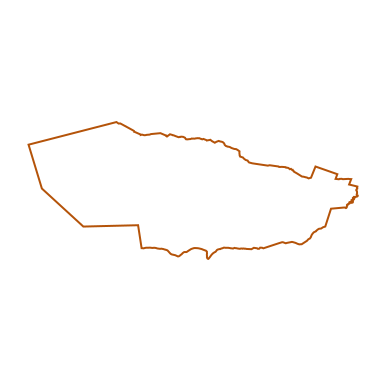 La Paz, Catamarca, Argentina, rotated 93°
{"feature_id": "61730980B42057198063965", "entity_name": "La Paz", "entity_type": "district", "adm_level": 2, "iso_a3": "ARG", "parent_name": "Argentina", "parent_adm1": "Catamarca", "projection": "equal_earth", "projection_center": [-65.146, -29.358], "detail": "fine", "context": "isolated", "style": "outline", "palette": "amber", "viewbox_px": 384, "rotation_deg": 93, "n_neighbors": 0, "source": "geoboundaries", "source_scale": "gbopen_adm2", "svg_char_len": 5568}
<svg xmlns="http://www.w3.org/2000/svg" viewBox="0 0 384 384"><g transform="rotate(93 192 192)"><path d="M191.5,30.9L191.2,30.7L191.2,30.4L191.1,30.2L190.9,29.9L190.6,29.8L190.4,29.9L190.3,30.1L190.3,30.3L190.4,30.6L190.6,30.9L190.6,31.0L190.2,31.0L190.1,30.9L189.9,30.9L189.7,31.0L189.6,30.9L189.4,30.9L189.3,30.7L189.2,30.5L189.1,30.4L188.8,30.3L188.7,30.3L188.4,30.1L188.4,29.9L188.4,29.7L188.5,29.7L188.9,29.7L189.0,29.6L188.9,29.2L188.9,28.8L188.7,28.6L188.5,28.4L188.4,28.2L188.0,27.8L187.8,27.6L187.9,27.2L187.8,26.9L187.8,26.7L187.5,26.4L187.1,26.3L186.9,26.3L186.8,26.8L186.5,27.0L186.3,27.3L186.0,27.4L185.8,27.4L185.6,27.4L185.3,27.3L185.1,27.2L184.8,27.1L184.5,27.1L183.5,27.2L182.9,27.3L182.7,27.3L182.3,27.5L182.2,27.7L182.0,27.9L181.8,28.0L181.5,28.1L181.0,27.9L180.9,27.9L180.7,27.7L180.3,27.5L180.2,27.3L180.0,27.1L179.9,27.1L179.6,27.2L179.5,27.3L179.0,27.5L178.8,27.4L178.6,27.2L178.1,27.1L177.9,27.1L176.3,35.5L170.8,33.7L170.8,35.8L170.7,36.5L171.3,42.0L171.0,43.2L171.2,45.4L171.6,45.9L171.4,49.3L166.6,47.8L160.1,70.0L171.5,73.9L172.3,76.3L171.5,78.1L171.4,79.0L170.9,81.3L170.8,83.0L167.8,88.4L166.4,91.2L165.8,91.5L165.1,92.7L164.6,92.7L164.6,93.3L163.7,94.4L164.1,95.4L163.9,95.6L162.9,97.2L162.7,98.8L162.8,99.3L162.3,99.8L162.2,103.2L162.4,106.4L162.0,106.9L161.2,115.9L161.7,117.6L160.6,129.2L160.2,133.3L159.5,136.6L158.7,137.4L157.7,138.1L157.2,140.1L155.9,142.0L154.9,142.9L154.1,145.8L153.2,146.1L153.1,146.3L151.7,146.5L150.7,146.7L148.9,146.7L147.6,148.7L146.9,150.1L146.8,151.5L146.8,152.0L146.0,154.8L145.2,156.4L144.9,157.6L144.8,159.1L144.6,159.3L144.2,160.7L144.0,160.9L143.4,161.6L143.1,161.9L141.8,162.4L140.5,164.0L140.1,165.9L140.1,166.4L139.6,168.0L140.6,170.3L141.2,171.2L141.6,171.8L141.4,172.3L141.1,172.7L140.6,173.9L140.3,174.3L140.2,174.7L138.9,176.4L139.4,178.1L139.4,178.4L139.8,179.9L139.5,180.1L138.4,183.4L138.9,184.6L138.5,185.4L138.5,186.0L137.9,187.4L138.0,187.9L137.9,189.0L138.1,189.8L138.1,190.1L138.3,191.3L138.4,191.5L138.5,191.8L138.6,192.4L138.6,193.3L138.7,194.4L138.6,195.0L139.2,196.2L139.3,197.1L139.4,197.8L139.6,198.8L139.6,199.2L139.7,199.5L139.6,200.0L139.7,200.6L139.5,200.9L139.3,201.1L138.2,201.8L137.4,203.7L137.3,205.9L137.7,206.6L137.6,207.1L138.0,208.0L137.7,209.3L137.6,209.5L137.0,211.5L136.3,213.5L136.3,214.3L136.1,214.5L135.5,217.0L137.9,219.9L137.6,220.4L137.2,220.0L137.0,220.5L136.8,221.0L136.7,221.7L134.9,226.6L136.3,236.0L136.9,237.3L137.3,240.3L137.6,241.1L137.8,242.7L137.3,245.0L137.7,246.1L137.4,246.1L137.0,247.0L136.8,247.6L136.4,248.7L134.9,252.6L134.9,252.8L134.7,252.8L134.2,253.0L133.5,254.2L131.0,259.4L127.3,267.2L127.3,267.4L127.5,268.6L127.5,268.9L126.3,270.8L126.1,271.1L153.3,357.7L196.4,342.1L232.2,298.7L228.0,244.1L250.7,239.4L250.7,238.1L250.8,237.8L250.8,237.4L250.3,235.9L250.1,235.1L250.0,234.2L249.9,232.4L249.8,231.5L249.8,230.6L249.9,229.2L249.9,228.1L249.7,227.3L249.7,225.9L249.9,224.7L250.2,223.7L250.3,222.5L250.4,221.3L250.4,220.5L250.2,219.6L250.4,218.3L250.5,217.5L250.9,216.2L251.0,215.2L251.2,214.9L251.4,213.9L251.8,213.2L252.1,212.9L253.2,211.8L253.8,211.2L254.5,210.5L254.9,210.0L255.1,209.6L255.4,208.9L256.0,205.4L257.1,202.6L257.0,202.3L256.8,201.6L256.5,201.2L256.1,200.7L255.8,200.4L255.3,199.9L255.2,199.7L254.6,199.0L254.2,198.7L253.5,198.1L253.0,197.5L252.6,197.0L252.4,196.5L252.3,195.9L252.3,195.2L252.3,194.5L252.1,194.1L251.6,193.4L251.2,193.0L251.0,192.6L250.5,192.0L250.1,191.4L249.1,190.0L248.6,188.9L247.9,187.0L247.8,185.5L247.8,184.4L247.8,183.9L247.9,182.4L248.5,179.2L248.8,178.5L249.9,175.0L250.3,174.5L250.8,174.0L251.4,174.0L251.9,173.9L252.8,173.8L253.7,173.9L254.5,173.8L255.2,173.6L255.9,173.7L256.3,173.7L256.7,173.5L257.5,173.2L257.9,172.6L257.9,172.1L257.5,171.9L257.0,171.4L256.0,170.7L254.3,169.6L253.3,168.9L252.7,168.3L252.1,167.8L250.9,166.2L250.6,165.5L249.9,164.9L249.1,164.4L248.7,164.1L248.3,163.6L248.0,163.0L247.8,162.3L247.5,161.4L247.5,160.7L247.3,160.4L246.9,159.9L246.7,159.0L246.5,158.5L245.9,157.3L245.9,156.3L246.0,155.6L245.9,154.5L245.9,153.9L245.8,153.0L245.9,152.4L246.0,151.3L246.2,150.1L246.2,149.1L246.3,148.4L246.3,148.0L246.0,147.4L245.6,146.7L245.8,145.6L245.8,144.7L246.0,143.7L246.1,142.7L246.2,141.9L246.2,141.0L246.0,140.7L245.9,140.0L245.8,139.1L246.0,138.5L245.8,138.0L245.8,137.7L245.7,137.2L245.9,136.5L245.8,135.4L246.0,134.8L246.0,134.2L246.0,129.6L244.5,127.3L244.8,124.1L245.3,123.2L245.1,121.9L244.0,121.0L244.0,119.1L244.5,117.8L238.6,102.6L237.5,99.6L237.4,99.0L237.5,98.2L237.9,97.0L238.3,95.6L238.1,95.2L237.8,94.3L236.8,90.3L236.6,89.6L236.8,88.4L237.4,85.9L238.2,83.9L238.7,82.1L238.6,81.7L238.4,79.7L238.1,79.3L234.7,74.6L233.4,73.6L233.1,73.3L232.6,72.5L232.3,71.9L231.6,71.4L230.7,70.9L229.7,70.6L228.6,70.2L227.6,69.6L226.4,68.7L225.9,68.3L224.7,66.1L224.3,66.0L224.0,65.6L223.0,64.6L222.1,63.3L221.7,61.1L220.4,59.4L219.5,57.1L201.4,52.3L199.6,39.7L199.5,39.1L199.6,38.5L199.7,38.0L200.0,37.5L199.9,37.2L199.7,37.0L199.3,37.0L199.1,37.1L198.9,36.9L198.8,36.6L198.7,36.6L198.2,36.6L197.7,36.3L197.3,36.4L197.0,36.6L196.8,36.6L196.7,36.5L196.9,36.2L196.8,35.9L196.6,35.7L196.4,35.6L196.2,35.7L195.9,35.6L195.8,35.4L195.6,34.9L195.5,34.4L195.3,34.1L195.1,34.0L194.6,34.4L194.3,34.4L194.1,34.4L193.9,34.2L193.7,33.6L193.7,33.4L193.9,33.2L194.4,33.0L194.5,32.7L194.5,32.4L194.4,32.3L194.3,32.0L194.3,31.8L194.2,31.1L194.0,30.9L193.7,30.8L193.2,30.8L193.2,31.3L193.2,31.5L193.2,31.8L193.1,32.0L192.6,32.2L192.4,32.2L192.2,32.3L192.0,32.2L191.7,32.2L191.6,31.9L191.7,31.3L191.6,31.2L191.4,31.0L191.5,30.9Z" fill="none" stroke="#b45309" stroke-width="2"/></g></svg>